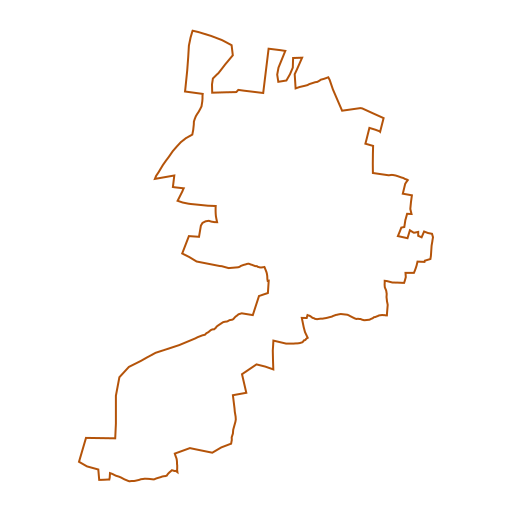 Cuncunul, Yucatán, Mexico (Robinson projection)
{"feature_id": "50627088B4763987970493", "entity_name": "Cuncunul", "entity_type": "district", "adm_level": 2, "iso_a3": "MEX", "parent_name": "Mexico", "parent_adm1": "Yucatán", "projection": "robinson", "projection_center": [-88.345, 20.622], "detail": "fine", "context": "isolated", "style": "outline", "palette": "amber", "viewbox_px": 512, "rotation_deg": 0, "n_neighbors": 0, "source": "geoboundaries", "source_scale": "gbopen_adm2", "svg_char_len": 5972}
<svg xmlns="http://www.w3.org/2000/svg" viewBox="0 0 512 512"><path d="M79.0,461.8L87.0,466.4L98.3,469.5L99.2,479.9L99.5,479.9L102.8,479.8L108.6,479.5L109.3,479.5L109.7,477.6L110.0,473.1L111.7,473.7L112.2,473.9L113.3,474.4L114.6,475.1L116.1,475.8L117.5,476.2L118.8,476.6L121.0,477.5L124.3,479.3L127.0,480.4L127.9,480.8L129.4,481.3L131.6,481.0L133.2,481.0L134.0,481.0L135.2,480.8L139.1,479.9L140.2,479.5L141.0,479.2L143.0,479.0L144.8,478.7L147.2,478.8L149.1,478.9L152.6,479.3L153.8,479.4L154.3,479.3L156.1,478.5L159.0,477.6L160.5,477.2L162.3,476.5L164.6,476.1L165.3,476.1L166.8,475.6L167.4,474.6L168.3,473.5L169.5,472.3L170.6,471.4L171.9,470.2L173.6,470.7L174.3,471.0L175.3,470.9L176.0,471.1L177.0,471.8L177.4,472.1L177.1,469.9L177.2,468.1L177.2,466.9L177.2,465.2L177.0,464.0L177.0,462.7L177.0,462.1L176.8,460.1L176.5,458.5L175.5,455.8L174.9,454.0L174.8,453.6L189.9,448.1L195.6,449.3L212.3,452.7L221.3,447.4L227.6,445.0L229.4,444.3L231.1,443.7L231.8,440.0L231.7,437.3L232.9,433.6L233.2,429.8L234.3,425.8L235.4,421.8L235.8,419.5L235.6,416.5L234.8,411.8L234.5,408.3L232.9,395.2L246.3,392.8L242.0,374.2L256.5,364.4L265.3,366.6L273.3,369.4L273.0,360.2L272.8,350.9L272.8,350.4L273.1,345.7L273.4,340.6L286.1,343.6L293.0,343.6L293.5,343.6L293.8,343.6L294.6,343.5L296.0,343.4L297.3,343.4L298.9,343.2L299.5,343.1L300.1,343.0L300.9,342.7L302.1,342.4L303.1,341.6L303.9,340.4L305.0,340.1L305.4,339.9L306.2,338.8L307.0,338.2L307.7,337.8L305.0,332.1L303.7,327.2L301.8,317.9L306.7,318.0L307.3,315.7L307.5,315.1L307.9,315.3L309.4,315.7L310.4,316.2L312.1,317.5L312.4,317.8L313.1,318.0L313.9,318.2L315.1,318.9L315.9,319.0L317.2,319.2L317.5,319.1L320.3,318.7L320.7,318.7L322.2,318.7L322.5,318.7L323.9,318.4L325.8,318.1L327.1,317.8L327.6,317.7L329.0,317.3L331.9,316.6L333.0,316.0L334.4,315.5L336.0,314.9L337.0,314.8L338.0,314.5L339.6,314.2L340.8,314.0L347.0,314.7L347.6,314.8L348.2,315.1L349.1,315.5L349.6,315.8L350.5,316.3L351.6,316.8L352.6,317.4L353.7,317.8L354.2,318.2L356.4,319.0L357.4,318.8L358.3,318.8L359.3,319.0L360.5,319.0L361.4,319.4L362.4,319.8L363.0,319.9L364.0,320.2L364.8,320.2L369.6,319.7L370.4,319.2L371.5,318.7L372.6,318.3L374.0,317.2L375.4,317.0L376.5,316.5L377.0,316.3L377.8,316.1L378.3,315.7L379.2,315.4L382.2,315.0L383.0,315.1L384.2,315.1L385.9,315.4L386.9,315.4L387.0,313.4L387.7,304.9L387.3,302.8L387.0,301.5L386.8,299.5L386.6,297.9L386.5,297.0L386.6,295.7L386.7,293.8L386.4,292.0L386.3,291.1L385.9,289.8L385.3,288.5L384.8,287.2L384.6,284.6L384.7,282.7L384.7,280.8L387.0,281.1L392.3,282.5L396.1,282.6L397.5,282.6L403.6,282.9L404.1,282.9L404.9,280.4L405.8,277.1L405.5,272.9L408.2,272.9L411.4,272.9L413.9,272.9L414.9,270.5L415.8,268.0L416.6,265.5L417.5,261.6L424.5,261.9L424.8,260.7L430.4,259.0L430.9,255.9L431.6,245.6L432.4,241.0L432.4,240.7L433.0,237.2L432.0,233.8L427.9,233.0L424.1,231.5L421.6,237.3L418.2,235.8L418.2,231.9L414.5,232.7L413.7,232.7L409.9,230.3L407.5,238.2L403.9,237.4L397.9,236.1L400.0,231.0L401.1,228.1L401.3,227.6L404.3,227.0L405.4,219.8L405.6,219.3L407.0,214.2L407.1,213.8L411.5,214.0L410.3,209.0L410.4,207.9L411.0,201.8L411.9,195.3L402.8,193.7L405.2,183.8L406.3,182.1L407.8,180.1L407.2,179.7L406.1,179.3L405.4,179.1L404.8,178.9L404.2,178.5L403.3,178.0L401.5,177.5L398.4,176.4L397.5,176.1L395.6,175.5L393.0,175.0L391.5,174.9L390.1,175.1L388.8,175.3L372.9,173.0L372.8,163.7L372.9,154.8L372.9,154.2L373.1,145.9L365.4,143.7L366.5,139.5L369.4,127.9L375.3,129.7L379.6,131.3L380.1,131.8L383.6,118.1L372.7,113.2L362.2,108.4L360.4,108.1L342.1,110.7L338.8,103.1L332.9,89.4L329.7,80.0L328.3,77.3L326.1,78.1L323.8,78.9L320.8,79.7L319.6,80.6L317.3,81.9L315.2,82.2L311.5,83.4L309.3,84.1L307.5,85.1L304.8,85.8L299.6,87.0L295.6,88.4L294.7,74.2L296.9,69.5L302.1,57.7L293.1,58.0L292.8,67.6L290.0,74.2L286.4,80.5L278.3,81.8L277.2,74.6L278.5,67.6L285.3,50.9L283.2,50.6L280.7,50.2L268.6,48.7L264.6,81.4L263.2,93.0L255.0,92.0L250.0,91.4L244.1,90.7L238.3,89.9L236.4,92.0L235.4,92.1L225.5,92.3L212.2,92.7L212.0,84.4L212.9,78.5L215.5,75.9L217.0,74.4L218.3,73.3L221.6,69.1L225.2,64.4L232.8,55.3L231.6,45.2L224.3,41.3L222.0,40.1L211.0,35.9L198.2,32.0L192.6,30.7L192.5,30.9L190.6,37.4L188.9,45.6L188.2,57.3L187.2,70.6L185.3,89.2L185.0,91.5L202.7,93.9L202.6,94.8L202.5,96.1L202.5,98.7L202.3,101.3L201.5,106.4L200.2,109.0L198.6,111.9L197.1,114.1L195.8,116.3L194.7,119.1L193.9,121.6L193.8,124.5L193.2,130.0L192.3,134.6L186.0,138.1L180.9,142.1L176.9,146.4L172.8,151.1L168.8,156.9L166.0,160.6L162.9,165.0L160.5,169.0L158.6,172.2L156.1,175.9L154.9,178.9L174.3,175.5L172.9,187.0L174.7,187.3L183.7,188.3L183.4,188.9L183.2,189.3L182.9,190.0L182.4,191.3L177.6,200.8L182.6,202.5L188.5,203.7L190.8,204.0L195.9,204.5L201.9,205.1L207.8,205.7L215.7,206.0L215.6,208.0L215.6,211.4L215.7,213.8L215.9,216.2L216.3,218.4L217.1,222.2L214.3,222.1L211.3,221.6L208.8,220.8L205.6,221.3L202.5,222.9L200.9,225.6L199.0,236.8L188.9,236.1L182.2,253.5L189.2,257.0L196.6,261.5L219.6,266.0L221.8,266.2L228.6,268.1L237.9,267.3L238.2,267.2L238.5,267.2L239.6,266.8L240.7,266.0L241.2,265.8L242.8,265.2L244.0,264.8L245.7,264.4L246.7,264.0L247.7,263.8L248.6,263.7L249.6,264.0L250.7,264.5L251.9,264.8L255.2,266.1L255.8,266.1L256.8,266.1L257.7,266.8L259.2,267.2L259.8,267.4L261.2,267.5L263.4,267.2L264.4,267.0L264.8,267.8L265.3,269.2L265.7,270.1L266.1,271.2L266.5,272.2L266.9,273.8L267.2,275.7L267.3,277.1L267.3,277.9L267.4,279.3L267.7,280.9L268.7,280.7L267.9,293.0L259.0,296.0L252.8,315.1L241.7,313.3L238.5,314.3L237.8,314.9L237.0,315.6L235.7,316.5L234.4,317.8L233.9,318.5L233.2,319.2L232.6,319.5L232.2,319.7L230.4,320.0L229.7,320.1L228.9,320.5L227.9,321.1L227.0,321.5L226.1,321.6L225.1,321.7L223.4,322.1L222.9,322.3L218.2,325.4L216.6,326.6L215.9,327.7L214.1,329.3L212.4,329.4L211.0,330.0L210.2,330.6L208.8,331.8L207.8,332.5L206.4,333.2L205.0,334.7L203.9,335.0L202.5,335.3L197.6,337.2L195.3,338.4L179.2,345.1L155.6,352.8L146.7,357.6L140.9,360.9L128.9,366.9L119.4,377.2L115.9,395.7L115.9,423.7L115.3,436.4L115.3,436.5L115.2,438.3L113.8,438.3L86.0,437.9L79.0,461.8Z" fill="none" stroke="#b45309" stroke-width="2"/></svg>